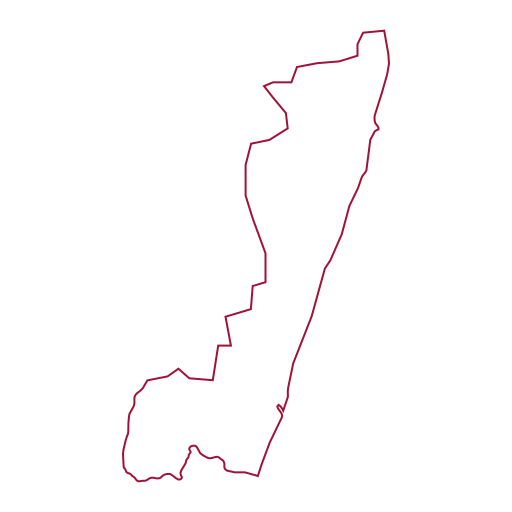 SVG path tracing the border of Atsinanana
{"feature_id": "MDG-5868", "entity_name": "Atsinanana", "entity_type": "Autonomous Province", "adm_level": 1, "iso_a3": "MDG", "parent_name": "Madagascar", "parent_adm1": "", "projection": "albers", "projection_center": [48.339, -18.983], "detail": "fine", "context": "isolated", "style": "outline", "palette": "rose", "viewbox_px": 512, "rotation_deg": 0, "n_neighbors": 0, "source": "natural_earth", "source_scale": "10m", "svg_char_len": 2607}
<svg xmlns="http://www.w3.org/2000/svg" viewBox="0 0 512 512"><path d="M384.2,30.7L388.3,53.7L389.0,63.6L387.2,74.2L382.0,92.4L374.7,115.6L374.5,118.2L374.7,120.9L375.3,123.0L376.0,124.1L377.6,126.1L378.3,127.2L378.6,129.0L377.7,129.8L376.2,130.4L374.7,131.4L370.3,139.8L366.4,170.3L365.4,172.2L362.6,175.7L361.6,177.6L358.0,188.1L349.4,205.9L341.7,234.4L330.3,260.4L324.9,268.5L311.6,316.5L293.2,363.4L288.2,387.6L287.8,391.1L287.9,396.9L283.2,410.7L282.3,408.8L280.5,406.3L278.6,404.9L277.3,406.5L277.9,408.3L281.4,413.2L282.2,415.5L281.8,417.5L269.8,442.4L261.5,464.7L257.8,476.1L256.6,475.6L244.8,472.3L234.6,472.3L227.4,470.7L226.3,470.2L225.0,468.9L224.5,467.8L224.3,466.7L224.4,465.7L224.4,463.8L224.2,462.9L223.6,461.4L223.2,460.8L222.5,460.1L220.0,458.4L219.2,457.6L218.3,457.1L217.4,456.8L215.9,456.9L211.4,458.1L210.4,458.2L209.4,458.3L207.9,457.9L206.2,457.1L203.0,455.3L200.5,453.4L200.0,452.8L197.0,447.4L196.5,446.8L196.0,446.3L195.2,445.9L194.3,445.7L193.0,445.7L192.1,445.9L191.2,446.2L190.6,446.7L190.0,447.2L189.6,447.8L189.3,448.5L189.3,449.3L189.6,450.0L190.4,451.3L190.6,451.9L190.5,452.6L189.5,453.7L189.1,454.4L188.8,455.1L188.5,456.8L188.2,457.6L186.8,459.3L186.4,460.0L185.9,461.6L185.8,462.6L185.5,463.4L181.1,470.7L180.7,472.3L180.5,473.2L180.6,474.0L180.8,474.9L181.8,477.0L181.8,477.7L181.5,478.4L181.0,478.9L180.3,479.3L179.6,479.5L178.7,479.6L177.4,479.0L175.8,478.1L173.0,475.8L170.4,474.1L169.7,474.0L168.3,473.9L166.6,474.1L164.9,474.5L164.1,474.9L162.2,476.1L160.6,477.7L159.9,478.0L159.1,478.3L158.2,478.4L157.2,478.4L156.2,478.3L154.5,477.9L152.6,477.7L151.7,477.7L150.8,477.9L150.0,478.2L149.2,478.5L146.7,480.2L145.9,480.5L145.1,480.7L141.3,480.9L139.6,481.3L138.7,481.3L137.7,481.0L136.8,480.4L136.2,479.8L135.7,479.1L135.3,478.5L134.8,477.9L134.3,477.3L133.0,476.5L132.4,476.1L130.9,474.4L130.3,474.0L129.6,473.6L127.2,472.7L126.7,472.2L126.2,471.7L125.3,469.4L124.9,468.7L124.4,468.2L123.9,467.6L123.6,466.2L123.0,453.6L123.5,449.6L125.8,439.8L127.3,435.4L128.0,433.9L128.3,431.1L128.4,423.4L129.0,416.2L129.6,413.6L133.6,406.4L134.1,404.8L134.4,403.4L134.4,398.1L134.6,396.9L134.9,396.0L135.7,394.7L136.2,394.1L137.3,393.0L139.7,391.2L141.9,389.2L142.9,388.1L147.3,380.4L167.6,376.4L178.4,368.7L189.3,378.3L212.8,380.2L218.2,345.6L230.9,345.6L225.5,316.7L250.9,309.1L252.7,286.0L265.5,282.2L265.5,253.3L252.8,218.7L245.6,195.6L245.6,164.9L251.1,143.7L269.4,139.9L287.7,128.4L285.9,113.1L273.1,97.7L264.0,86.1L273.1,82.3L291.4,82.3L297.0,67.0L317.1,63.2L339.1,61.4L357.5,55.7L357.5,44.2L363.1,32.7L384.2,30.7Z" fill="none" stroke="#9f1239" stroke-width="2"/></svg>